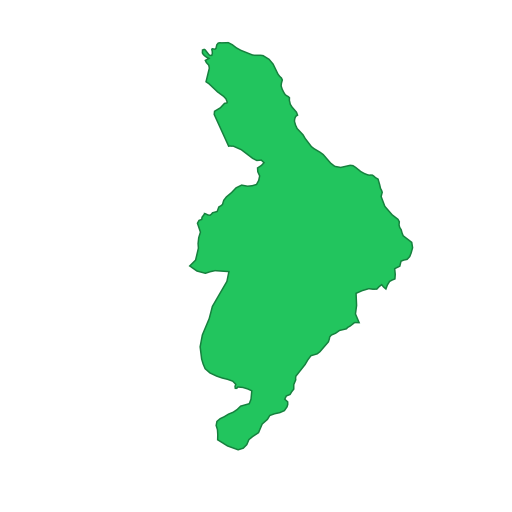 the Province of Vientiane, rotated 116°
{"feature_id": "LAO-3284", "entity_name": "Vientiane", "entity_type": "Province", "adm_level": 1, "iso_a3": "LAO", "parent_name": "Laos", "parent_adm1": "", "projection": "natural_earth1", "projection_center": [102.396, 18.611], "detail": "fine", "context": "isolated", "style": "filled", "palette": "green", "viewbox_px": 512, "rotation_deg": 116, "n_neighbors": 0, "source": "natural_earth", "source_scale": "10m", "svg_char_len": 3222}
<svg xmlns="http://www.w3.org/2000/svg" viewBox="0 0 512 512"><g transform="rotate(116 256 256)"><path d="M169.3,328.7L147.1,355.6L144.1,356.7L138.4,353.0L132.6,351.2L131.3,349.3L130.3,349.3L127.9,351.9L126.7,355.1L125.4,362.4L121.8,373.8L121.3,377.3L107.6,380.3L105.2,382.1L103.9,385.4L102.4,387.3L99.0,384.9L99.0,387.6L98.6,389.8L98.0,391.7L97.0,393.2L94.3,394.4L94.2,394.3L94.0,394.0L93.0,393.2L93.0,392.1L95.6,386.8L96.0,385.5L95.1,383.7L93.1,384.0L91.0,385.2L89.9,386.2L88.9,386.2L88.2,383.6L86.9,383.0L83.4,383.8L81.2,383.3L80.2,382.0L79.5,380.3L76.4,374.4L76.5,369.9L77.5,365.1L77.8,359.9L76.9,347.5L76.3,345.4L73.6,339.9L72.8,337.5L73.5,330.5L76.0,324.8L82.9,316.0L84.2,313.4L84.9,311.1L86.3,309.5L89.5,308.9L92.1,308.0L94.6,305.6L96.7,302.9L98.2,300.5L98.5,298.9L98.6,296.9L99.1,295.3L101.4,294.3L104.6,291.7L106.3,289.0L109.0,282.7L111.2,280.4L112.8,281.4L114.6,281.5L116.5,281.1L118.2,280.4L121.5,277.4L121.8,276.8L123.4,275.0L126.5,266.8L128.8,263.4L133.4,254.2L134.1,250.9L134.7,243.7L135.4,240.0L139.8,229.7L140.9,224.5L139.3,218.7L133.2,211.1L132.3,208.5L132.7,205.3L134.2,198.8L134.4,194.8L134.1,191.2L133.7,189.6L132.9,188.3L132.3,186.8L132.6,185.0L133.2,183.0L133.4,180.0L137.6,176.2L140.7,173.7L142.0,171.9L143.4,170.5L147.7,169.6L154.9,162.0L159.3,151.7L160.8,144.5L162.4,142.2L165.3,141.1L167.3,139.4L168.8,137.0L171.2,134.9L173.3,132.6L175.5,122.0L179.9,118.9L185.2,117.9L189.1,117.6L192.8,118.7L194.8,121.3L197.1,123.4L202.1,122.3L206.6,125.8L211.5,122.8L215.7,121.1L217.8,123.0L220.3,124.8L224.5,125.2L228.7,124.8L227.9,127.8L226.7,130.5L229.8,132.0L232.8,132.9L234.6,136.4L235.9,140.3L240.6,145.4L245.7,149.7L256.4,143.9L264.5,141.2L270.7,134.1L272.6,138.2L277.7,140.7L280.0,142.3L281.8,142.8L286.3,148.3L290.5,150.6L294.0,153.6L296.3,154.3L298.6,153.7L301.4,153.3L314.0,156.6L317.1,158.1L321.5,162.9L326.6,163.9L332.0,164.3L346.6,167.5L348.4,166.9L349.9,166.0L355.0,165.7L359.1,163.7L362.3,164.4L365.5,164.7L368.5,167.4L372.1,167.4L373.2,163.6L375.5,162.4L378.0,162.0L382.5,162.7L386.3,165.9L389.7,170.2L393.3,173.7L397.8,174.1L404.3,176.8L413.7,176.3L419.6,179.8L424.1,181.9L429.6,181.6L434.3,183.2L438.0,187.1L439.2,198.3L438.0,209.9L433.4,212.0L429.0,214.5L425.8,217.5L421.8,218.6L417.9,216.9L414.4,214.1L410.2,211.4L406.4,208.0L402.2,205.6L397.7,204.0L391.7,197.3L386.9,197.7L379.0,200.7L379.1,205.1L379.9,210.2L381.7,214.9L383.4,215.3L384.0,216.6L382.4,217.7L380.2,217.9L378.7,222.0L379.3,227.5L380.5,233.0L381.2,238.7L381.3,246.1L379.6,252.3L376.3,256.1L372.4,259.7L362.1,266.4L350.5,269.6L332.8,270.6L320.4,273.1L291.6,271.0L281.9,273.5L287.1,286.4L290.3,290.4L293.7,293.9L295.4,302.5L294.0,311.2L286.2,308.5L274.2,311.2L270.2,313.5L264.7,315.5L258.9,316.4L252.2,323.0L249.0,322.8L246.9,320.8L244.8,321.5L240.8,320.7L240.4,320.9L240.2,320.1L240.2,317.2L239.5,315.1L237.9,314.4L236.2,314.0L235.5,313.2L233.0,310.4L228.2,310.9L226.2,309.5L224.3,308.7L220.1,309.4L215.8,308.5L209.8,305.8L203.5,303.8L198.6,300.0L197.0,294.2L194.5,290.2L191.5,286.9L186.9,286.7L182.4,287.8L179.5,291.3L176.2,293.2L172.2,290.8L168.6,289.7L167.5,293.3L169.8,297.2L169.7,301.9L166.9,315.8L167.2,324.6L168.0,326.2L168.6,327.8L169.3,328.7L169.3,328.7Z" fill="#22c55e" stroke="#15803d" stroke-width="1.5"/></g></svg>